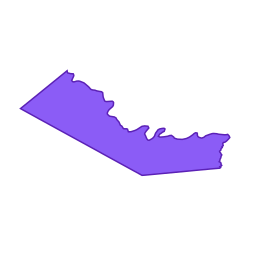 the district of Nova Iorque, Maranhão, Brazil, rotated 241°
{"feature_id": "56859067B71523456666477", "entity_name": "Nova Iorque", "entity_type": "district", "adm_level": 2, "iso_a3": "BRA", "parent_name": "Brazil", "parent_adm1": "Maranhão", "projection": "equal_earth", "projection_center": [-44.087, -6.772], "detail": "fine", "context": "isolated", "style": "filled", "palette": "violet", "viewbox_px": 256, "rotation_deg": 241, "n_neighbors": 0, "source": "geoboundaries", "source_scale": "gbopen_adm2", "svg_char_len": 2014}
<svg xmlns="http://www.w3.org/2000/svg" viewBox="0 0 256 256"><g transform="rotate(241 128 128)"><path d="M70.3,212.4L71.9,212.6L74.1,212.1L74.5,210.7L75.1,209.4L78.6,204.3L80.0,202.8L81.6,200.4L82.2,199.2L82.8,196.6L83.5,192.2L83.1,189.9L83.4,187.7L84.1,186.8L85.8,185.3L86.8,185.0L88.3,185.2L89.1,185.8L90.2,186.0L91.1,184.7L91.1,183.1L90.7,181.5L90.3,177.8L90.3,176.6L90.5,174.0L91.3,171.3L91.7,170.0L94.3,165.8L96.7,163.6L97.9,163.6L100.5,162.4L101.2,160.8L101.5,158.9L102.9,155.1L104.5,151.6L106.0,150.5L107.3,152.7L107.3,154.0L107.6,156.1L107.5,158.0L109.2,159.9L110.3,159.4L111.1,157.6L111.8,155.4L111.9,153.5L110.1,149.6L107.9,147.0L107.2,145.0L107.0,143.9L107.0,140.5L107.7,139.6L109.5,139.2L113.0,139.6L114.6,139.6L115.3,140.2L116.3,142.0L117.9,146.2L119.9,146.3L121.8,143.5L122.7,141.0L122.3,134.9L122.5,132.7L123.3,128.8L124.5,126.5L127.3,127.0L128.2,126.1L128.7,125.0L129.7,123.7L132.7,123.5L134.1,122.7L137.7,123.0L140.9,122.3L142.6,122.4L144.3,121.4L147.3,117.6L149.9,116.7L151.1,117.1L152.2,118.4L153.2,120.4L154.2,125.0L155.1,126.3L157.2,127.7L158.2,127.7L159.1,127.2L161.6,121.9L162.3,121.1L163.0,120.7L166.1,121.1L167.4,121.4L171.2,123.0L172.6,122.4L174.1,120.5L175.6,118.7L177.1,117.4L178.5,115.4L179.9,114.2L182.8,113.6L187.2,112.0L188.9,111.3L192.2,108.6L193.1,107.5L193.9,105.8L194.3,104.0L194.6,102.9L195.5,102.0L196.9,101.8L199.6,105.5L200.4,106.2L201.9,106.4L203.4,104.1L205.4,102.0L206.2,102.0L207.6,102.5L197.1,43.4L194.8,44.8L180.5,53.8L179.3,54.5L177.3,55.8L160.8,66.2L144.5,76.5L120.9,91.4L117.8,93.3L79.8,117.3L79.2,118.6L78.2,120.8L60.3,161.7L58.7,165.4L55.9,171.8L54.1,175.8L52.4,179.8L48.4,188.7L48.5,189.8L49.7,189.6L49.5,190.9L49.9,191.9L50.9,191.6L51.9,192.2L53.0,192.3L54.3,191.4L55.0,192.5L56.2,193.5L56.9,194.7L58.0,195.5L59.0,197.0L59.8,196.8L61.4,196.9L62.2,196.6L63.3,196.8L63.7,198.6L64.4,199.0L65.0,199.7L65.2,201.0L66.2,201.3L66.4,202.7L68.4,203.3L69.1,204.3L68.6,205.8L68.8,207.8L69.6,210.5L70.3,212.4Z" fill="#8b5cf6" stroke="#5b21b6" stroke-width="1.5"/></g></svg>